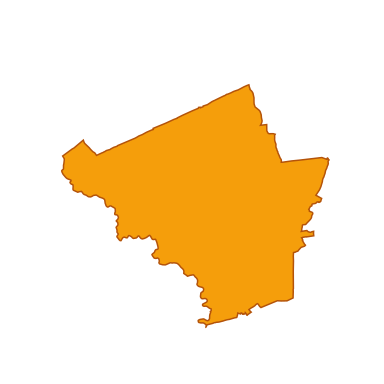 Costuleni, Iasi, Romania (Albers equal-area conic projection), rotated 202°
{"feature_id": "2599482B11377043097002", "entity_name": "Costuleni", "entity_type": "district", "adm_level": 2, "iso_a3": "ROU", "parent_name": "Romania", "parent_adm1": "Iasi", "projection": "albers", "projection_center": [27.868, 47.006], "detail": "fine", "context": "isolated", "style": "filled", "palette": "amber", "viewbox_px": 384, "rotation_deg": 202, "n_neighbors": 0, "source": "geoboundaries", "source_scale": "gbopen_adm2", "svg_char_len": 5928}
<svg xmlns="http://www.w3.org/2000/svg" viewBox="0 0 384 384"><g transform="rotate(202 192 192)"><path d="M325.4,176.9L322.9,175.0L322.4,173.8L321.4,170.2L321.2,168.8L320.1,166.0L319.9,165.4L319.9,164.8L320.6,163.6L320.7,163.2L320.7,162.8L320.3,162.2L319.7,161.5L318.1,160.1L314.5,158.2L313.0,157.7L311.9,157.6L308.8,157.7L308.6,157.5L308.3,156.9L308.7,155.9L308.7,155.3L308.6,155.0L307.9,154.5L307.3,154.2L306.2,154.1L305.4,154.2L305.1,154.0L304.4,152.9L303.4,150.0L302.9,149.4L302.4,149.2L297.8,149.0L296.6,150.1L295.9,150.4L294.9,151.1L294.7,151.1L294.2,150.9L292.1,149.6L291.1,149.3L288.7,149.4L286.8,148.9L285.9,148.9L284.1,149.5L283.1,150.5L282.1,151.9L280.0,153.1L279.4,153.3L275.8,152.6L272.6,152.8L271.0,152.6L269.9,151.9L268.3,149.1L266.4,147.0L265.5,146.6L264.8,146.4L264.1,146.7L262.9,148.3L262.0,148.7L258.1,148.2L257.1,147.9L256.8,147.4L255.9,145.5L255.7,144.8L255.7,143.4L255.2,142.4L254.7,142.2L253.7,142.6L252.6,142.5L251.7,142.0L250.9,141.2L250.7,140.7L250.6,139.8L250.7,138.6L251.4,137.3L251.4,136.9L251.0,136.4L250.0,136.2L249.4,135.8L248.8,134.8L248.4,134.0L248.4,133.5L248.5,132.7L249.0,131.6L249.1,130.8L247.3,128.7L246.6,126.9L246.3,126.5L244.7,125.5L244.6,124.9L245.0,122.9L244.8,122.3L241.4,120.3L240.4,120.0L239.6,120.3L239.2,122.9L239.0,123.6L238.8,124.0L237.9,124.8L235.8,124.9L235.0,125.2L234.8,125.6L234.5,127.4L234.4,127.8L234.1,128.0L233.1,128.1L231.3,127.8L229.9,127.1L228.9,127.0L226.5,128.5L226.0,129.3L225.5,130.9L225.0,131.3L224.6,131.3L222.4,130.0L221.4,129.8L220.4,129.9L218.7,131.2L217.1,132.9L215.7,135.3L215.3,135.8L214.9,135.9L213.7,135.3L211.6,133.6L210.9,133.3L209.6,133.6L208.5,134.4L207.9,134.4L205.7,132.1L203.1,128.6L202.2,127.0L202.2,126.6L202.6,125.9L203.7,125.2L204.1,124.6L204.3,123.8L204.3,121.8L205.5,119.7L205.7,119.0L205.6,118.8L204.5,117.9L202.4,116.6L201.1,116.7L200.2,117.1L199.4,117.8L198.8,117.9L197.6,117.5L196.4,115.8L196.2,114.1L195.8,113.6L195.1,113.2L192.1,113.5L190.0,114.2L189.3,114.5L185.8,118.1L185.2,118.4L183.8,118.7L182.2,119.6L179.7,120.2L178.6,120.2L176.2,119.3L174.2,118.1L171.7,117.2L170.5,116.4L169.8,115.4L169.1,113.4L165.9,112.7L165.6,112.7L164.8,112.2L164.4,112.4L162.7,113.9L159.8,115.7L158.9,115.5L157.3,114.5L155.6,113.9L154.5,113.1L153.8,112.4L153.2,110.8L152.9,109.7L152.9,108.4L152.0,107.5L150.9,107.1L150.0,107.0L146.7,107.4L145.9,107.2L145.3,106.9L144.8,106.3L144.6,105.6L144.5,104.0L145.5,102.6L145.8,102.1L145.9,101.5L145.1,98.5L144.7,97.8L144.2,97.3L143.3,96.9L142.7,96.8L141.9,97.1L140.2,98.1L139.3,98.3L138.1,98.0L137.2,97.2L137.0,96.2L137.3,95.3L140.0,92.1L140.0,91.4L139.8,91.0L139.4,90.6L138.1,90.5L136.5,91.3L135.4,91.5L134.5,91.4L133.4,91.0L131.7,90.7L130.5,90.8L129.8,89.4L129.9,88.6L130.2,88.1L129.7,87.7L129.6,86.8L129.5,84.9L129.3,84.0L128.3,81.2L128.4,79.9L128.6,79.3L129.2,78.6L129.6,78.4L131.4,78.4L132.8,78.7L133.9,78.6L136.9,76.8L138.0,75.6L138.1,75.1L137.5,74.0L136.8,73.6L134.9,73.9L132.6,74.8L132.0,74.9L129.9,74.4L129.1,73.9L128.6,73.1L128.5,72.3L128.6,71.7L128.9,71.3L128.6,71.6L128.4,72.4L128.3,73.8L128.3,74.5L123.5,78.0L122.4,79.2L121.6,79.5L120.8,80.2L118.3,81.5L114.4,84.4L113.8,85.0L111.6,86.7L109.6,87.9L105.2,91.4L103.7,92.3L103.5,92.6L103.8,95.4L104.2,96.9L101.4,97.1L101.3,98.1L101.2,98.3L100.5,98.3L99.9,97.9L99.5,98.3L99.3,98.3L99.0,97.7L98.7,97.8L98.3,98.3L97.8,98.4L97.5,99.1L97.2,99.1L97.4,100.1L96.5,99.7L96.4,99.3L95.7,99.2L95.1,98.4L94.7,98.4L94.6,98.8L92.1,102.8L93.4,103.3L95.2,104.3L93.8,106.5L92.2,108.5L91.2,110.0L90.5,111.7L89.9,112.6L89.4,113.0L88.5,112.7L86.3,111.2L84.8,110.7L72.2,123.1L68.2,124.5L63.1,126.7L58.6,131.6L60.9,137.8L61.7,139.5L61.8,140.4L68.4,156.4L72.1,166.1L74.1,170.6L75.2,173.9L73.6,175.0L73.0,175.8L71.7,176.8L71.3,178.3L70.1,181.5L67.3,184.0L66.9,185.2L68.3,185.9L71.1,188.1L71.4,188.3L71.2,188.8L72.2,189.9L73.2,190.6L72.1,191.6L69.5,193.2L69.3,193.1L62.7,197.0L63.9,199.3L64.5,201.1L65.8,200.2L67.1,198.9L69.5,198.7L71.1,199.3L75.9,196.4L75.9,197.6L76.4,198.9L76.7,201.0L77.2,202.5L77.1,202.9L76.8,203.2L74.7,204.3L74.3,204.8L73.9,206.1L72.3,210.0L71.7,212.0L71.7,212.9L71.7,213.6L72.1,214.7L72.1,215.3L71.9,216.1L71.9,216.9L72.1,217.7L73.1,218.2L75.9,218.1L76.4,219.2L77.2,219.5L77.1,220.6L76.8,223.0L75.8,223.9L75.7,224.2L76.1,225.2L76.0,225.9L73.1,227.8L72.6,228.8L72.3,229.6L72.1,229.8L70.9,229.9L70.8,230.3L70.7,230.4L70.2,230.1L69.5,230.8L69.1,231.8L69.3,232.7L69.4,234.6L69.5,234.6L75.9,235.4L74.7,241.3L74.6,242.1L74.5,245.2L75.0,250.4L75.4,251.8L75.6,253.4L75.6,253.8L75.4,255.1L75.6,257.6L75.6,258.9L76.2,262.0L76.0,264.3L76.2,266.8L76.1,268.2L76.4,269.7L77.2,271.0L77.3,271.8L77.0,272.7L77.1,273.2L77.9,273.2L78.3,274.0L79.0,274.3L79.4,273.8L79.4,272.8L84.5,272.6L103.9,262.0L111.5,258.0L118.7,253.8L120.4,253.0L120.7,254.1L121.4,255.4L123.3,256.8L124.7,258.3L127.1,260.6L127.5,261.4L128.6,262.3L129.9,264.0L130.5,264.4L131.2,265.5L132.1,267.8L134.2,270.1L135.1,271.7L135.8,273.6L136.6,275.4L136.5,276.7L138.5,276.5L139.6,276.1L142.3,274.9L143.6,275.1L145.6,276.8L148.0,282.5L153.5,279.5L153.3,281.0L153.4,283.1L153.7,284.3L155.5,287.0L156.7,289.4L158.0,291.0L159.2,292.3L160.5,293.0L165.4,294.5L167.4,296.9L168.3,298.8L169.8,302.5L172.3,306.2L173.1,307.0L174.3,307.8L176.6,308.8L177.2,309.9L177.8,310.3L179.4,312.7L180.9,311.4L183.3,308.9L187.4,304.0L190.9,301.0L193.1,298.5L195.3,296.3L196.6,295.4L197.5,293.9L198.5,293.0L207.3,283.3L210.4,278.8L213.8,275.9L213.6,275.6L213.9,274.9L214.6,274.4L215.6,273.3L216.1,273.7L217.6,272.9L217.4,272.1L222.4,267.1L229.7,259.4L233.5,255.1L233.4,254.8L235.9,252.6L242.3,245.8L251.9,236.4L251.3,235.5L252.7,234.3L256.6,230.3L259.6,226.6L262.3,224.0L263.3,222.6L264.9,220.6L277.9,207.6L278.3,207.2L278.5,206.6L279.7,205.4L281.1,204.3L283.4,201.6L283.8,200.8L287.0,198.3L287.8,197.0L288.4,196.5L289.2,195.4L290.1,194.6L294.2,190.2L296.9,191.9L299.0,192.2L302.2,193.6L303.8,194.5L309.8,196.9L311.1,198.1L312.2,199.4L317.9,188.6L319.2,187.0L325.4,176.9Z" fill="#f59e0b" stroke="#b45309" stroke-width="1.5"/></g></svg>